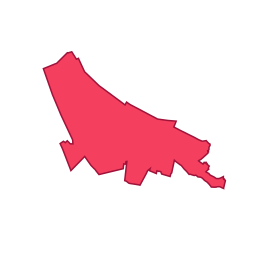 Roznov, Neamt, Romania, rotated 247°
{"feature_id": "2599482B96195246570406", "entity_name": "Roznov", "entity_type": "district", "adm_level": 2, "iso_a3": "ROU", "parent_name": "Romania", "parent_adm1": "Neamt", "projection": "natural_earth1", "projection_center": [26.505, 46.851], "detail": "fine", "context": "isolated", "style": "filled", "palette": "rose", "viewbox_px": 256, "rotation_deg": 247, "n_neighbors": 0, "source": "geoboundaries", "source_scale": "gbopen_adm2", "svg_char_len": 1951}
<svg xmlns="http://www.w3.org/2000/svg" viewBox="0 0 256 256"><g transform="rotate(247 128 128)"><path d="M106.9,174.0L108.9,172.3L111.0,170.6L114.5,174.1L115.5,175.0L119.5,167.4L124.7,158.7L148.9,139.0L152.4,136.8L150.4,134.3L177.1,118.6L178.2,117.9L196.8,110.0L209.9,109.6L211.5,109.6L211.5,107.4L220.1,106.0L220.6,102.1L221.0,101.6L216.2,89.6L215.4,87.6L215.5,86.0L215.6,77.2L215.7,73.3L188.1,71.5L165.9,71.4L138.8,72.4L134.9,71.1L136.0,68.7L140.0,67.1L139.0,64.6L141.0,63.4L140.2,59.4L134.7,59.6L111.1,58.8L118.7,77.0L108.1,79.3L103.4,81.1L103.1,81.4L100.8,81.9L96.5,83.1L92.4,107.7L94.5,108.8L95.8,109.7L96.6,110.0L95.7,111.6L97.9,113.0L97.7,113.9L80.8,104.4L79.8,105.6L78.5,106.3L77.2,107.0L76.7,107.4L75.6,109.0L74.6,110.7L71.2,116.1L70.8,116.6L70.7,116.7L78.9,127.0L81.0,129.3L81.5,130.7L82.0,132.5L80.3,131.1L75.0,136.3L77.3,137.9L76.0,139.4L76.0,139.7L75.0,141.1L72.5,141.0L67.8,146.7L66.9,147.8L69.3,149.7L69.5,150.6L80.2,158.1L78.6,158.8L73.3,161.9L72.8,162.4L68.2,163.7L65.1,165.0L61.4,166.1L61.1,167.2L60.4,168.0L59.9,168.6L58.6,170.1L58.3,170.8L58.1,172.0L56.9,172.7L55.7,173.2L54.3,175.7L52.7,176.9L50.5,177.7L49.8,178.0L47.1,179.8L46.2,180.0L45.6,180.5L44.7,180.6L43.2,181.1L41.1,181.6L39.8,184.3L39.1,186.1L39.1,187.0L38.5,188.7L37.8,189.9L36.2,191.2L35.0,192.4L35.3,192.5L41.5,197.1L43.3,196.7L43.1,196.3L43.8,195.9L46.0,196.8L45.8,193.3L45.9,192.6L46.1,191.5L47.1,189.4L49.1,188.2L52.4,185.4L53.2,185.0L54.7,184.6L56.6,182.9L57.2,182.6L57.7,183.7L58.6,186.3L59.4,186.1L60.7,187.2L61.2,187.9L63.8,186.6L64.1,186.9L66.0,186.4L65.5,185.3L66.6,184.7L65.5,183.0L66.8,182.2L67.5,181.6L70.2,180.1L70.5,181.1L70.5,182.1L70.7,183.1L72.2,187.7L73.7,191.8L75.6,192.4L74.9,192.9L76.1,193.5L76.8,194.3L78.5,194.9L79.2,195.8L80.0,196.8L81.2,197.2L82.0,196.4L85.9,195.0L85.9,194.7L86.8,191.3L87.4,190.6L89.6,188.5L91.2,187.2L93.6,185.3L97.9,181.6L99.3,180.4L106.3,174.4L106.9,174.0Z" fill="#f43f5e" stroke="#9f1239" stroke-width="1.5"/></g></svg>